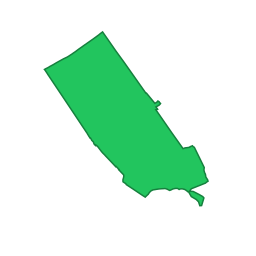 outline of Beciu, Teleorman, Romania, rotated 249°
{"feature_id": "2599482B82424000393547", "entity_name": "Beciu", "entity_type": "district", "adm_level": 2, "iso_a3": "ROU", "parent_name": "Romania", "parent_adm1": "Teleorman", "projection": "mercator", "projection_center": [24.654, 44.01], "detail": "fine", "context": "isolated", "style": "filled", "palette": "green", "viewbox_px": 256, "rotation_deg": 249, "n_neighbors": 0, "source": "geoboundaries", "source_scale": "gbopen_adm2", "svg_char_len": 2182}
<svg xmlns="http://www.w3.org/2000/svg" viewBox="0 0 256 256"><g transform="rotate(249 128 128)"><path d="M48.8,180.6L49.1,181.3L49.3,182.0L49.5,182.8L49.6,183.6L50.8,183.8L52.6,183.5L54.2,183.1L57.1,183.7L58.9,183.5L61.5,183.8L63.8,185.0L86.2,183.0L87.0,182.3L87.8,181.9L88.3,181.8L88.3,179.2L87.9,178.7L88.4,176.4L89.0,174.1L89.0,172.0L108.1,167.1L133.9,160.8L135.2,160.5L134.9,161.5L134.9,162.4L137.7,161.6L138.1,165.0L138.8,166.6L139.3,167.2L140.6,166.5L141.3,166.5L142.5,165.6L141.7,164.0L141.4,161.9L143.8,161.1L154.0,157.7L154.0,157.2L165.4,154.3L191.1,147.8L204.5,144.2L216.3,141.3L226.8,138.7L226.1,136.1L225.8,135.2L225.4,134.1L223.2,125.8L221.1,117.4L219.3,110.3L219.1,109.6L218.2,106.5L216.7,100.2L216.1,97.3L216.0,96.6L215.9,95.4L215.7,92.7L214.6,84.7L214.2,82.4L214.0,81.3L213.9,80.8L213.9,80.4L213.8,80.0L213.7,79.0L213.7,78.7L213.6,78.3L213.5,77.8L213.5,77.2L213.4,76.8L213.3,76.4L213.0,74.5L212.9,73.2L212.8,72.2L212.7,72.2L212.6,71.5L212.6,71.0L211.2,71.4L207.1,72.3L206.9,72.3L172.1,80.2L157.4,83.5L144.9,86.3L144.1,86.5L139.2,87.6L137.6,88.0L137.1,88.0L136.7,88.1L134.4,88.5L132.1,89.0L132.1,89.4L130.8,89.6L130.3,89.7L129.6,89.7L129.1,89.9L128.3,90.3L127.8,90.5L127.4,90.7L126.2,90.6L125.9,90.6L124.7,90.7L123.2,91.5L123.7,91.9L121.7,93.0L117.6,94.2L117.0,94.4L115.8,94.7L113.6,95.5L111.2,96.6L110.3,96.9L104.3,99.4L96.2,102.7L96.4,103.1L92.4,104.8L92.3,104.4L91.8,104.6L85.9,107.1L84.7,106.9L83.5,106.2L81.6,104.8L80.1,104.2L79.5,104.1L76.8,106.0L75.8,106.1L69.4,110.7L67.4,112.1L60.3,117.1L57.3,119.3L57.5,119.7L58.5,122.1L58.7,122.6L58.8,123.0L59.0,123.3L59.8,124.4L60.2,125.0L60.8,126.4L61.2,127.6L61.1,128.0L61.3,128.9L60.4,133.3L59.9,135.4L59.3,137.4L59.0,138.4L58.6,139.5L58.3,140.7L57.8,141.5L56.8,142.7L54.8,144.5L54.8,146.2L55.0,147.9L54.8,149.6L54.6,150.6L54.0,152.3L53.2,153.2L52.3,153.7L52.4,154.9L52.1,156.0L51.6,157.1L50.7,158.4L49.8,159.4L48.5,160.2L47.4,160.9L46.6,161.7L41.3,162.5L36.8,166.1L33.8,167.4L29.7,167.2L29.2,168.9L35.5,173.8L37.2,173.2L40.4,170.6L42.3,168.9L43.1,168.2L45.4,166.1L46.3,164.2L46.7,162.2L48.6,165.4L48.7,172.6L48.7,174.0L48.8,179.9L48.8,180.6L48.8,180.6Z" fill="#22c55e" stroke="#15803d" stroke-width="1.5"/></g></svg>